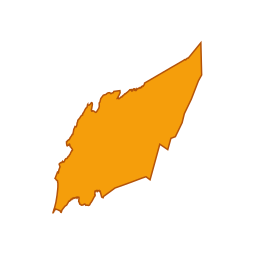 outline of Húnavatnshreppur, Norðurland vestra, Iceland, rotated 285°
{"feature_id": "244011B27584551294957", "entity_name": "Húnavatnshreppur", "entity_type": "district", "adm_level": 2, "iso_a3": "ISL", "parent_name": "Iceland", "parent_adm1": "Norðurland vestra", "projection": "equal_earth", "projection_center": [-19.834, 65.207], "detail": "fine", "context": "isolated", "style": "filled", "palette": "amber", "viewbox_px": 256, "rotation_deg": 285, "n_neighbors": 0, "source": "geoboundaries", "source_scale": "gbopen_adm2", "svg_char_len": 5243}
<svg xmlns="http://www.w3.org/2000/svg" viewBox="0 0 256 256"><g transform="rotate(285 128 128)"><path d="M117.4,172.0L129.1,172.1L131.9,176.0L147.1,178.9L156.4,178.7L172.2,181.7L191.8,183.8L198.3,185.4L229.2,176.3L211.0,168.1L210.9,167.4L210.7,167.2L210.1,166.8L209.4,166.3L208.7,166.1L208.7,165.9L208.8,165.8L208.9,165.3L208.7,165.1L208.6,164.9L208.4,164.8L207.8,164.2L207.6,164.1L198.2,154.7L175.7,132.4L174.4,132.5L172.9,132.0L172.4,131.9L171.9,131.5L171.9,131.4L172.1,131.3L172.1,131.0L171.6,130.7L171.5,130.4L171.3,130.4L171.5,130.4L171.4,130.3L171.2,130.3L171.0,130.2L170.8,130.3L170.8,130.2L170.5,130.2L170.1,129.9L170.0,129.6L169.9,129.5L170.1,129.3L170.1,129.2L169.8,129.2L169.4,128.7L169.6,128.6L169.4,128.4L169.2,127.9L168.9,127.8L168.9,127.6L168.5,127.2L168.3,127.1L168.0,126.9L167.6,126.6L167.3,126.5L167.7,126.3L167.8,126.2L167.2,125.8L166.6,125.7L166.9,125.6L166.4,125.5L166.5,125.3L166.5,125.2L166.1,125.2L166.5,125.1L166.1,125.0L166.1,124.9L166.8,125.0L167.0,124.9L167.1,124.6L167.0,124.4L167.5,124.1L167.4,123.9L167.0,123.7L166.7,123.2L166.3,123.1L166.7,122.9L166.4,122.7L165.8,122.5L164.9,122.4L164.7,122.2L165.1,121.9L165.8,121.5L165.4,121.2L165.3,120.8L165.7,120.6L165.6,120.1L165.4,119.8L164.8,119.6L163.9,119.0L163.4,118.8L162.9,118.4L162.3,118.1L161.7,117.4L160.9,117.1L160.6,116.7L160.2,116.5L159.9,116.2L160.0,116.0L158.6,115.3L158.4,115.0L157.8,114.8L157.8,114.6L157.6,114.4L156.9,114.3L156.7,114.2L156.8,114.0L156.1,113.6L156.0,113.4L156.0,113.1L155.3,112.8L154.7,112.3L154.1,111.9L153.9,111.7L153.9,111.4L154.3,111.1L153.9,110.9L153.9,110.4L154.0,110.2L153.9,110.0L154.9,110.2L157.4,110.8L159.6,111.2L160.1,111.2L160.7,111.0L162.0,110.5L159.7,104.9L158.3,104.6L158.0,104.2L157.8,103.7L156.7,102.6L157.4,101.3L157.3,100.9L156.9,99.8L155.9,98.7L154.9,98.2L153.3,95.7L149.7,94.2L149.3,94.1L148.3,94.1L146.0,94.2L144.7,93.7L141.3,94.7L140.2,94.7L139.3,94.6L136.6,93.8L135.3,93.3L134.8,93.0L134.7,92.5L134.9,92.1L135.0,91.8L135.3,91.3L135.5,90.0L135.6,89.6L135.1,89.3L134.9,88.9L135.0,88.8L135.3,88.6L135.2,88.4L135.4,88.3L135.4,88.2L136.5,87.8L137.8,87.9L138.5,87.8L141.5,87.5L142.6,87.1L142.9,86.9L143.1,86.4L143.1,86.2L142.9,86.0L142.0,85.7L141.1,85.3L139.9,84.4L139.9,84.0L140.1,83.1L140.4,83.0L140.1,82.9L139.4,82.9L138.7,83.1L137.2,82.9L136.8,82.7L136.7,82.5L136.0,82.1L134.0,81.6L132.4,81.4L131.2,80.9L130.7,80.9L130.2,80.6L129.7,80.6L128.9,80.8L128.7,80.6L128.6,80.3L128.4,80.2L127.4,79.5L126.5,79.2L125.7,79.0L125.1,78.8L122.6,77.6L122.1,77.6L120.5,77.7L119.5,77.5L118.2,77.8L115.9,77.7L115.7,77.6L115.8,77.0L115.7,76.8L115.4,76.6L115.5,76.4L114.3,76.3L112.9,76.0L112.3,76.0L110.4,76.2L107.4,76.3L107.3,76.1L107.3,75.8L105.3,75.3L103.7,74.6L102.7,74.6L102.1,74.3L101.7,74.3L101.7,74.1L101.4,73.9L101.3,73.7L100.9,73.5L100.5,73.3L100.5,73.2L100.4,73.1L100.2,72.8L99.4,72.7L99.1,72.5L98.8,72.5L98.7,72.2L97.5,72.5L95.6,73.3L95.0,73.8L95.0,74.0L95.8,74.4L95.9,75.1L96.2,75.2L97.3,75.4L97.9,75.3L97.5,75.5L96.9,76.0L95.7,76.6L95.2,76.9L95.0,77.1L94.8,77.6L93.4,79.3L92.9,79.8L92.4,80.1L91.7,80.0L91.5,79.8L91.4,79.5L91.2,79.5L90.5,79.4L89.8,79.1L88.0,78.9L87.3,78.7L86.8,78.4L85.4,78.1L85.2,78.0L85.1,77.7L84.9,77.5L83.6,77.3L82.7,76.9L82.6,76.4L82.3,76.0L81.9,75.7L80.9,75.3L80.1,75.3L78.8,75.0L78.6,74.8L78.7,74.5L78.7,74.3L78.2,74.0L78.2,73.9L78.2,73.7L78.7,73.4L77.4,72.9L77.3,72.6L77.4,72.3L77.3,72.2L76.4,71.4L75.3,70.8L72.9,72.4L69.7,72.1L67.1,72.3L67.2,72.1L66.8,72.1L67.1,71.3L60.4,70.6L60.4,70.9L60.2,71.2L59.2,72.3L59.2,72.7L58.9,73.1L58.8,73.5L58.6,73.7L57.8,73.9L56.5,74.6L52.7,75.6L49.8,76.1L44.5,76.9L37.7,77.6L32.1,77.7L29.8,77.5L29.4,77.6L29.0,77.7L28.6,77.5L26.8,77.5L26.9,77.8L27.2,77.9L28.7,77.7L29.4,77.8L29.5,77.9L29.1,78.2L29.1,78.4L30.1,78.5L31.0,78.9L31.0,79.0L30.7,79.3L31.0,79.9L30.9,80.2L30.9,80.9L30.8,81.8L30.6,82.5L30.5,83.7L30.4,83.9L29.4,84.7L29.2,85.0L29.2,85.3L29.7,85.4L31.1,85.4L32.0,85.6L35.6,87.1L36.6,87.7L37.2,88.3L37.7,88.7L42.1,89.9L42.4,90.3L42.2,90.4L42.2,90.5L42.7,90.7L42.9,90.7L43.0,91.0L43.8,91.2L43.7,91.4L43.8,91.5L44.1,91.5L44.2,91.4L44.3,91.4L44.4,91.7L44.2,91.9L44.3,92.2L44.6,92.3L44.9,92.2L45.6,92.4L45.8,92.8L45.6,93.1L46.3,93.3L46.2,93.7L46.4,94.0L46.6,94.2L46.4,94.4L46.5,94.5L46.8,94.7L47.0,95.0L47.2,95.3L47.5,95.7L47.5,95.9L47.3,96.0L47.9,96.3L47.9,96.5L47.7,96.6L48.0,96.8L48.1,97.1L47.8,97.2L48.1,97.3L48.0,97.5L48.3,97.7L48.3,97.8L48.2,98.0L48.4,98.3L48.4,98.5L46.9,99.0L45.9,99.1L44.2,99.4L44.0,99.7L43.6,100.0L43.5,100.3L42.9,100.6L42.4,100.8L42.0,101.1L41.9,102.2L41.4,102.7L41.4,103.0L42.0,104.5L42.6,104.9L42.9,105.2L43.4,106.0L42.7,106.7L42.4,107.2L42.5,107.5L42.9,108.3L42.9,109.6L43.0,109.9L43.4,110.5L44.0,110.9L45.7,111.2L46.8,111.7L48.8,112.3L52.8,113.2L53.5,113.6L54.3,113.7L55.0,113.6L55.2,113.3L55.1,113.1L55.3,113.0L56.0,113.0L57.9,112.5L58.3,112.6L58.5,112.5L58.7,112.8L58.8,113.0L59.0,113.2L58.8,113.3L59.0,113.4L58.9,113.5L59.1,113.7L59.4,113.7L59.5,113.9L59.0,114.4L59.0,114.5L58.8,114.6L58.7,114.6L59.0,114.7L58.8,114.8L59.0,114.9L59.2,115.2L59.4,115.2L59.4,115.3L59.8,115.6L59.9,115.9L60.2,116.2L59.3,117.0L59.2,117.4L59.5,117.6L58.7,118.0L54.6,120.4L54.3,120.9L54.2,122.0L55.6,122.1L66.7,131.0L76.3,144.8L83.4,154.7L85.6,158.0L83.7,162.7L120.6,162.9L117.4,172.0Z" fill="#f59e0b" stroke="#b45309" stroke-width="1.5"/></g></svg>